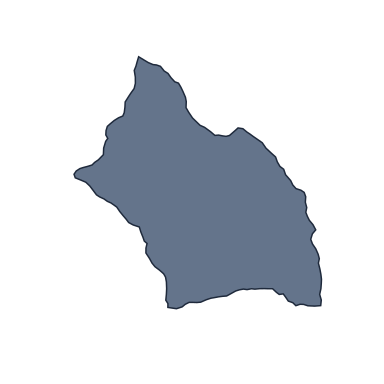 Regente Feijó, São Paulo, Brazil (Robinson projection), rotated 344°
{"feature_id": "56859067B58506078513279", "entity_name": "Regente Feijó", "entity_type": "district", "adm_level": 2, "iso_a3": "BRA", "parent_name": "Brazil", "parent_adm1": "São Paulo", "projection": "robinson", "projection_center": [-51.297, -22.243], "detail": "fine", "context": "isolated", "style": "filled", "palette": "slate", "viewbox_px": 384, "rotation_deg": 344, "n_neighbors": 0, "source": "geoboundaries", "source_scale": "gbopen_adm2", "svg_char_len": 2209}
<svg xmlns="http://www.w3.org/2000/svg" viewBox="0 0 384 384"><g transform="rotate(344 192 192)"><path d="M137.0,296.3L140.5,297.9L144.9,299.9L150.9,299.7L154.5,298.1L158.8,297.3L162.6,298.4L166.3,299.6L170.0,300.3L176.0,299.5L180.9,299.3L184.5,299.7L188.7,300.1L192.7,300.7L196.6,301.5L201.1,300.5L206.7,299.2L210.6,299.1L214.7,299.5L218.0,301.0L222.5,301.4L225.6,302.7L230.5,303.6L234.9,304.8L238.3,305.9L242.8,307.2L245.5,311.7L247.6,314.5L251.6,315.1L253.0,318.8L254.5,323.4L258.4,326.2L260.5,329.9L264.9,329.7L268.3,330.8L272.0,333.3L278.5,335.5L284.4,336.7L286.5,331.5L286.5,325.6L289.3,320.4L291.1,315.5L292.4,311.6L293.2,306.6L293.7,301.3L293.9,295.2L296.0,291.2L296.1,286.6L295.3,280.7L293.5,275.2L293.1,270.2L296.2,265.4L300.5,262.5L299.3,256.8L297.0,251.6L296.2,247.3L295.8,242.9L298.0,238.6L298.1,233.1L300.0,227.9L299.7,223.3L297.2,220.3L292.9,217.4L290.8,213.0L290.0,208.2L286.7,201.2L286.4,195.4L283.6,191.7L282.3,186.6L282.0,181.4L279.0,176.6L275.2,170.3L273.1,164.0L269.2,159.2L266.0,155.3L263.7,152.3L261.3,149.5L258.4,145.2L253.9,143.1L250.9,144.6L247.5,146.2L243.6,148.0L240.1,147.9L236.9,146.5L233.2,144.6L229.6,143.9L226.5,139.2L221.9,133.3L218.1,130.1L212.9,121.0L210.8,114.5L209.5,109.3L211.4,103.5L211.8,99.1L211.0,92.9L210.2,88.2L209.0,83.6L205.8,81.3L203.3,76.3L201.6,71.4L198.6,68.0L196.3,62.5L192.9,60.1L189.7,58.8L185.6,55.5L182.9,52.6L178.0,47.3L175.1,51.8L172.8,55.6L170.0,59.2L169.2,65.9L167.5,72.0L164.9,76.6L160.6,80.0L158.0,82.2L155.1,84.8L152.6,87.0L150.9,92.0L148.7,97.1L146.4,99.9L141.9,100.4L137.0,101.8L132.4,103.8L128.7,105.6L126.3,109.3L124.9,113.4L125.8,117.3L123.0,119.5L119.2,125.4L117.1,131.7L110.8,135.3L106.6,136.7L103.3,138.5L98.5,138.6L94.0,138.5L90.7,138.6L86.5,139.9L83.5,142.4L83.7,146.2L88.3,149.8L92.6,153.3L95.4,158.0L97.5,163.4L99.4,168.4L101.9,171.3L105.5,174.4L108.0,177.6L111.1,180.2L115.5,185.7L117.2,190.9L119.3,195.8L121.3,200.2L122.7,203.9L126.4,207.5L131.7,211.1L131.8,216.2L132.4,222.1L132.6,226.0L134.6,229.1L132.3,233.2L130.9,237.9L132.8,244.1L134.0,249.4L135.8,253.6L139.2,258.1L142.2,262.8L143.1,266.5L142.6,271.4L141.0,277.9L139.2,283.2L137.0,288.8L138.1,292.6L137.0,296.3Z" fill="#64748b" stroke="#1e293b" stroke-width="1.5"/></g></svg>